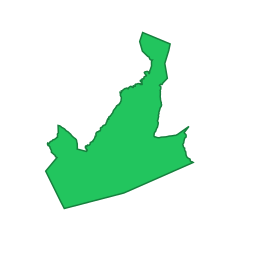 outline of Florida, Copán, Honduras, rotated 197°
{"feature_id": "27666195B95535378381933", "entity_name": "Florida", "entity_type": "district", "adm_level": 2, "iso_a3": "HND", "parent_name": "Honduras", "parent_adm1": "Copán", "projection": "albers", "projection_center": [-88.794, 15.139], "detail": "fine", "context": "isolated", "style": "filled", "palette": "green", "viewbox_px": 256, "rotation_deg": 197, "n_neighbors": 0, "source": "geoboundaries", "source_scale": "gbopen_adm2", "svg_char_len": 5864}
<svg xmlns="http://www.w3.org/2000/svg" viewBox="0 0 256 256"><g transform="rotate(197 128 128)"><path d="M70.2,147.3L78.6,136.5L80.2,134.9L81.0,134.7L84.0,133.2L86.3,132.3L87.2,131.7L88.5,131.0L89.4,130.5L92.1,129.5L93.0,129.2L94.2,128.6L95.0,128.0L95.6,127.7L97.2,127.4L99.6,127.5L99.9,127.3L100.2,127.4L100.6,127.7L100.9,128.1L101.4,130.7L101.2,131.5L101.1,132.0L100.6,133.0L100.6,134.5L100.5,135.9L100.4,136.6L100.1,137.2L100.2,138.5L100.3,140.3L100.6,141.9L100.8,142.1L101.7,143.1L102.0,143.5L101.8,144.3L101.8,144.8L101.9,145.2L102.0,146.0L102.0,146.5L102.1,148.1L102.2,148.3L102.5,148.6L102.7,149.1L102.7,149.7L102.6,150.8L103.1,151.9L103.0,153.8L103.1,156.4L103.0,157.1L102.6,158.3L102.6,159.0L102.6,159.6L102.8,160.3L103.3,160.8L103.4,161.2L103.5,161.6L103.6,162.1L104.2,162.8L104.5,163.2L105.3,164.8L105.6,165.7L106.4,167.4L107.0,170.0L107.4,171.0L107.7,172.4L108.3,173.4L108.1,174.5L108.3,175.8L108.6,176.8L108.8,177.1L110.0,177.7L110.4,178.0L110.2,178.5L109.4,179.5L108.4,179.4L108.2,179.5L107.9,180.3L108.0,180.9L104.9,187.0L111.7,200.5L111.7,214.1L112.3,220.7L141.9,223.6L142.1,214.1L136.7,205.7L130.1,202.3L128.8,202.1L128.5,201.9L127.8,200.9L127.5,200.6L126.9,200.0L126.3,199.8L125.4,199.8L125.0,199.6L124.7,199.8L124.9,198.9L124.9,198.3L124.6,197.2L123.6,194.2L123.7,190.9L123.7,190.1L123.9,189.2L123.6,187.6L123.5,186.9L123.6,186.5L123.7,186.2L123.9,186.2L124.5,186.8L124.6,187.0L124.6,187.4L124.7,187.6L125.1,187.7L125.6,187.8L126.3,187.7L126.7,187.5L127.3,187.1L128.0,186.8L128.5,186.2L128.6,185.8L128.2,185.3L127.2,184.5L125.9,183.7L125.7,183.5L125.7,183.4L126.0,183.0L127.3,181.9L127.5,181.6L127.6,181.2L127.4,180.5L127.3,179.6L128.6,179.2L128.8,179.0L129.0,178.8L129.0,178.5L129.0,178.3L128.8,177.9L128.4,177.4L128.4,177.1L128.4,176.9L128.7,176.8L129.0,176.8L129.2,177.0L129.3,177.4L129.6,177.5L129.9,177.4L130.1,177.1L130.0,176.6L129.9,176.4L129.6,176.3L129.2,176.5L128.7,176.6L128.4,176.4L128.1,176.1L128.1,175.8L128.2,175.4L128.6,174.8L128.7,174.4L127.5,174.6L127.3,174.2L127.2,173.9L127.3,173.7L127.5,173.6L128.1,173.5L128.6,173.3L129.0,173.3L129.5,173.6L129.9,173.7L130.2,173.7L130.8,173.6L131.6,173.3L132.4,172.5L133.0,172.4L133.6,172.1L133.8,171.8L133.9,171.5L133.8,171.2L133.4,170.4L133.3,170.1L133.5,169.9L134.9,170.0L135.2,169.9L135.3,169.8L135.3,169.6L135.0,169.0L134.9,168.5L134.9,168.3L135.0,168.2L135.7,168.2L136.1,168.3L136.6,168.6L137.1,168.7L137.4,168.7L137.8,168.5L138.1,168.2L138.6,167.4L139.0,167.0L139.1,166.3L139.1,165.8L139.2,165.6L139.4,165.5L139.7,165.5L140.3,165.9L140.8,165.9L141.1,165.6L141.5,165.1L142.0,165.1L142.3,165.0L143.8,163.2L144.1,162.4L144.3,161.8L144.5,161.7L144.7,161.8L144.9,161.7L145.3,161.5L145.3,161.3L145.1,160.5L144.7,159.9L144.8,159.7L145.3,159.7L146.0,159.7L145.2,158.3L145.0,157.9L145.0,157.4L144.9,157.1L144.3,156.4L143.5,155.6L143.1,154.8L143.0,154.1L143.0,153.6L142.7,152.8L142.7,152.5L142.5,151.8L142.7,151.4L142.7,150.7L142.9,150.1L142.8,149.6L143.2,149.1L143.2,148.8L143.2,148.6L143.5,148.4L143.4,147.9L143.4,147.7L143.7,147.6L144.0,147.2L144.6,146.9L144.6,146.7L144.6,146.4L145.2,146.0L145.4,145.8L145.5,144.3L145.7,144.0L145.8,143.3L146.1,142.9L146.6,141.4L147.0,140.7L147.0,139.9L147.1,139.5L146.9,139.3L146.9,139.0L147.2,137.6L147.7,136.6L148.0,135.3L148.4,134.7L148.4,134.0L149.3,133.3L149.5,133.0L149.6,132.5L149.5,132.1L149.0,131.1L149.0,130.9L149.1,130.7L149.8,130.9L150.0,130.8L149.9,130.1L150.3,129.3L150.2,129.0L150.0,128.7L149.9,128.3L150.0,127.9L150.3,127.4L150.3,125.4L150.6,124.7L150.9,124.1L151.6,123.8L152.0,123.3L152.3,123.2L152.5,123.0L152.6,122.8L152.9,121.8L153.0,121.4L153.3,121.0L153.9,120.6L154.3,120.0L154.3,119.7L154.1,119.3L153.9,118.9L153.7,117.5L153.8,117.1L154.4,116.9L154.8,116.7L155.0,116.4L155.0,116.1L155.2,115.8L156.1,115.5L156.3,115.3L156.4,115.0L156.9,114.4L156.9,113.8L157.0,113.4L157.0,112.9L156.9,112.6L156.5,112.0L156.4,111.4L156.4,110.8L156.5,110.6L157.0,110.5L156.9,109.7L157.0,108.1L157.5,106.4L157.6,105.8L157.7,104.9L157.8,104.9L158.0,105.1L158.1,104.8L158.3,104.5L159.1,103.7L159.4,103.3L159.6,103.2L159.5,102.7L159.8,102.5L159.5,101.8L159.5,101.6L159.7,100.9L160.0,100.3L160.3,100.1L160.5,100.0L161.6,100.0L161.7,99.8L161.5,99.7L162.0,99.3L162.1,99.2L162.0,98.5L162.5,98.6L162.9,98.6L163.2,98.4L163.3,98.2L163.3,97.8L162.9,97.2L162.9,96.8L163.0,96.6L162.9,96.5L162.0,96.3L161.9,96.0L161.7,95.9L161.8,95.6L161.5,95.2L161.3,95.3L160.9,95.4L160.7,95.3L160.6,95.2L160.5,94.8L160.6,94.3L161.0,93.4L170.4,93.0L170.8,94.7L171.5,96.7L171.8,97.8L172.6,99.2L173.4,100.6L173.5,100.9L173.5,101.0L174.0,101.6L174.6,102.0L175.3,102.4L176.3,102.7L177.4,103.1L179.6,104.2L181.2,105.4L181.6,105.5L183.8,106.6L184.5,106.9L185.7,107.1L186.6,107.4L188.3,108.5L190.2,109.0L191.6,109.2L192.5,109.7L193.4,110.0L194.2,110.1L195.6,110.0L193.2,102.9L193.7,101.8L193.7,101.5L193.6,101.1L193.1,100.2L193.1,99.5L192.8,98.9L192.7,98.6L192.8,98.5L193.1,98.3L193.4,98.0L193.6,97.3L194.3,96.7L194.9,95.5L195.3,95.3L195.9,95.1L196.3,94.8L196.7,93.9L197.0,93.3L198.1,92.5L198.3,92.2L198.6,91.7L198.6,90.9L198.8,90.3L199.1,90.1L199.3,90.1L200.3,90.3L200.4,89.4L200.1,88.8L199.9,88.6L199.7,88.4L199.4,87.9L199.2,87.9L198.9,88.3L198.6,88.3L198.5,88.2L198.0,87.5L197.0,87.0L196.8,86.6L196.8,86.2L196.3,85.8L195.0,84.4L194.6,84.0L194.3,82.8L194.1,82.3L193.8,82.2L193.4,82.2L193.1,82.0L191.6,81.3L191.3,81.1L189.7,80.5L189.5,80.3L189.3,79.8L189.0,79.4L188.7,79.3L187.9,79.2L187.5,78.9L187.3,78.9L194.1,62.7L170.3,37.4L165.4,32.4L112.9,64.7L55.6,114.1L56.4,114.4L57.8,114.4L58.6,114.6L59.1,115.3L59.5,116.3L59.8,116.4L61.8,116.8L63.1,117.4L64.1,118.5L64.9,119.8L65.4,121.1L66.1,122.5L66.8,122.8L67.4,123.5L67.7,124.4L67.9,125.3L68.7,125.5L69.1,125.7L70.1,127.2L70.8,128.2L70.8,128.5L70.5,129.5L70.4,130.1L70.7,132.0L70.8,134.7L70.5,135.4L69.9,136.0L69.9,136.7L70.4,138.3L71.1,138.9L72.4,139.4L72.9,140.0L70.2,147.3Z" fill="#22c55e" stroke="#15803d" stroke-width="1.5"/></g></svg>